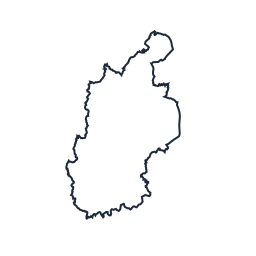 Chinicuila, Michoacán, Mexico, rotated 217°
{"feature_id": "50627088B20699508066130", "entity_name": "Chinicuila", "entity_type": "district", "adm_level": 2, "iso_a3": "MEX", "parent_name": "Mexico", "parent_adm1": "Michoacán", "projection": "robinson", "projection_center": [-103.39, 18.747], "detail": "fine", "context": "isolated", "style": "outline", "palette": "slate", "viewbox_px": 256, "rotation_deg": 217, "n_neighbors": 0, "source": "geoboundaries", "source_scale": "gbopen_adm2", "svg_char_len": 5807}
<svg xmlns="http://www.w3.org/2000/svg" viewBox="0 0 256 256"><g transform="rotate(217 128 128)"><path d="M72.0,78.0L75.5,81.4L73.8,84.9L69.9,86.5L69.9,87.8L70.3,88.6L70.9,89.0L71.2,89.8L73.8,89.8L77.5,91.8L78.2,91.5L78.8,92.1L79.6,91.7L78.9,92.4L78.7,93.2L78.7,94.2L79.2,95.0L79.1,96.2L78.9,96.4L79.4,97.1L80.5,96.4L80.9,96.7L81.3,95.2L81.9,94.6L81.6,95.6L81.9,95.6L82.0,96.8L82.2,97.0L83.2,96.8L83.3,97.3L83.9,97.1L84.6,96.1L85.0,97.1L87.5,97.7L88.1,98.1L88.5,98.0L88.2,97.4L88.3,97.0L88.9,97.4L89.3,98.4L88.5,101.0L87.2,101.9L87.2,103.4L86.7,103.8L87.7,105.4L88.9,106.1L89.4,107.0L90.7,107.8L91.3,109.2L92.8,109.7L92.9,110.4L92.4,111.1L92.5,111.6L93.5,111.5L94.6,112.5L94.4,113.3L93.7,113.4L93.7,115.6L94.0,116.5L93.4,117.3L93.4,118.1L94.4,120.8L94.1,123.1L92.7,124.8L92.0,125.3L90.9,125.2L90.7,125.7L91.2,127.5L90.9,128.6L91.1,129.8L92.0,130.3L91.3,130.1L90.3,130.6L90.1,130.1L89.1,129.6L87.4,130.7L85.8,131.1L84.2,130.8L85.0,132.4L85.1,133.4L84.9,134.3L84.0,134.4L83.9,136.0L84.3,136.6L87.3,137.7L86.2,139.6L84.6,145.7L82.4,151.7L82.3,152.3L83.2,154.5L88.7,161.0L93.8,168.8L96.1,171.3L98.8,173.4L102.9,176.0L104.0,178.3L105.2,177.6L106.6,178.1L108.9,178.2L109.2,177.8L111.9,177.4L112.7,176.5L117.6,175.0L117.2,175.8L117.0,177.6L118.1,179.0L118.1,179.6L118.8,179.8L118.8,181.8L119.9,184.3L120.7,184.2L121.5,186.3L122.4,186.4L122.6,187.5L123.3,186.6L123.1,186.1L123.2,185.5L124.3,185.4L124.0,184.2L124.5,184.5L125.2,184.4L126.0,184.8L125.9,183.8L126.2,183.1L127.0,183.6L127.5,183.3L127.3,182.4L127.5,181.7L128.5,181.5L128.8,182.1L129.5,182.0L129.4,181.1L128.9,180.2L129.4,179.4L130.2,179.2L131.8,178.3L132.2,178.6L132.6,178.1L133.5,177.7L134.2,178.8L135.1,179.0L135.9,180.4L136.9,180.9L137.8,184.0L137.8,185.1L139.7,185.6L140.6,186.4L141.8,187.9L143.1,190.4L144.3,191.6L148.3,193.5L147.9,193.8L147.5,195.7L143.6,198.9L142.9,202.0L142.5,202.5L141.5,202.3L141.1,202.5L140.6,204.2L140.0,205.2L140.4,206.1L140.4,209.0L139.4,217.8L142.7,220.4L145.0,222.6L147.2,224.0L150.4,225.2L154.7,224.9L155.7,223.7L156.3,223.8L157.1,223.3L158.8,223.0L160.6,221.9L160.9,222.1L162.0,221.6L162.1,219.1L162.7,218.3L163.0,218.4L163.1,219.4L163.8,219.6L164.3,221.2L165.0,221.2L164.9,220.6L165.3,220.4L166.5,217.4L166.4,216.5L165.8,215.8L166.1,215.4L165.9,214.0L165.3,213.8L165.3,212.2L165.0,212.0L165.8,208.9L165.9,207.5L165.0,205.4L160.5,205.2L159.8,204.9L159.8,203.9L159.3,202.7L160.4,201.0L160.0,200.9L160.0,200.3L162.9,200.3L163.2,198.5L160.7,198.6L160.4,198.1L161.9,196.7L164.2,195.9L165.0,196.1L165.2,195.1L165.8,194.8L166.0,194.1L165.7,192.9L166.2,190.4L165.9,189.3L166.8,187.5L168.2,186.2L168.3,185.2L168.0,184.2L168.2,183.5L167.9,182.3L167.6,182.2L167.2,180.2L167.4,179.8L167.2,179.4L167.7,176.3L167.4,175.3L167.7,174.5L167.1,173.7L167.6,173.5L167.4,172.8L167.7,172.5L167.1,172.4L166.4,171.5L165.9,171.7L166.1,170.9L166.0,169.9L165.4,168.4L165.5,167.2L165.1,166.3L168.5,167.0L169.2,166.7L170.5,165.1L170.8,165.6L171.2,165.3L174.0,165.1L174.5,164.7L175.8,165.1L176.5,164.5L177.5,164.4L178.1,164.8L178.6,164.4L179.8,165.6L182.5,164.8L182.7,165.8L183.2,165.7L183.4,166.1L183.7,165.4L184.6,164.9L184.0,162.7L183.7,162.7L183.1,161.8L182.6,161.8L182.5,161.5L182.0,161.3L181.5,161.7L181.4,161.3L181.8,160.9L181.1,161.0L181.3,160.5L180.8,159.6L180.1,159.1L180.3,158.7L179.5,156.6L178.4,156.0L178.4,153.7L178.1,152.7L178.3,151.7L178.3,148.1L180.7,145.4L181.3,145.2L182.4,143.1L184.3,143.0L186.1,142.2L184.8,141.4L185.5,140.4L185.5,138.7L184.3,138.4L182.9,136.1L183.3,135.7L183.0,135.3L183.4,133.7L182.4,132.8L181.1,133.3L179.2,132.7L179.3,128.0L179.8,127.4L179.1,127.8L177.5,127.4L176.8,124.5L176.9,123.4L177.3,123.1L177.2,122.4L176.8,121.9L176.0,121.8L175.9,121.5L175.2,121.2L175.5,120.5L174.9,118.7L173.6,117.8L172.8,117.6L172.0,117.8L171.4,118.3L169.7,118.0L168.4,115.3L167.1,113.7L167.9,113.0L168.0,112.2L167.6,110.7L166.9,109.5L166.0,109.1L164.8,107.6L163.9,107.4L162.6,105.9L161.5,105.8L161.5,103.8L161.1,103.3L161.4,102.2L158.0,99.5L157.9,96.7L157.5,96.8L156.6,95.1L156.5,94.1L158.3,92.3L158.8,92.3L159.4,91.6L162.2,92.3L162.3,91.8L162.7,91.9L162.9,91.5L163.4,91.4L162.6,90.8L163.2,90.5L162.1,89.7L162.9,89.0L162.3,88.0L162.6,87.7L161.8,87.3L162.0,86.9L161.2,85.6L161.3,84.8L160.6,84.2L160.7,83.5L160.2,82.8L160.3,82.4L159.7,81.9L159.3,79.0L158.9,78.3L157.5,78.0L154.9,75.2L154.0,75.3L153.5,75.1L152.7,73.6L151.6,73.2L151.0,73.7L150.0,72.9L149.9,71.7L150.4,70.6L150.4,69.0L150.8,68.0L151.1,68.0L151.8,67.1L153.9,66.4L154.4,65.8L155.6,66.2L155.5,65.7L155.1,65.3L155.4,64.6L155.1,63.7L155.2,62.5L154.3,61.2L154.0,60.0L152.9,58.7L152.0,59.1L151.7,58.3L151.1,58.5L150.6,57.8L150.0,57.7L149.9,57.1L148.9,56.7L148.7,55.4L148.1,54.8L147.5,55.4L146.6,54.3L146.0,54.7L145.6,54.3L144.3,54.4L142.4,53.9L141.2,52.8L139.0,52.5L138.6,52.1L138.3,51.1L138.8,50.4L138.8,48.3L137.6,47.6L136.3,47.9L136.1,47.8L135.1,46.0L135.2,45.0L134.6,44.2L133.9,43.9L134.0,43.2L133.3,42.7L133.1,40.2L131.7,40.6L130.4,39.8L129.2,38.5L128.0,39.9L127.6,40.0L127.0,39.0L126.9,37.9L125.9,37.2L126.4,35.8L126.1,35.6L125.4,35.9L124.9,34.7L122.5,34.7L120.4,34.0L119.8,33.9L119.0,34.2L117.2,33.8L115.9,34.4L114.2,34.5L112.8,35.8L111.7,35.4L110.8,36.3L109.8,36.3L108.6,34.2L108.0,32.4L106.8,30.9L106.4,30.8L106.1,31.6L106.9,32.0L106.7,33.1L104.8,33.5L104.4,34.3L104.6,35.1L104.3,35.4L102.7,35.2L103.5,37.0L103.3,39.0L103.0,39.1L101.4,38.5L101.7,39.9L101.0,41.2L101.0,42.3L100.1,43.8L99.1,43.9L97.9,42.9L94.1,41.7L94.0,42.3L94.4,43.1L95.6,43.4L96.1,44.0L94.9,47.8L93.6,48.6L92.6,47.2L90.4,47.0L89.4,47.7L89.4,48.3L90.1,49.8L90.8,50.2L92.0,51.6L92.2,53.1L91.8,53.5L90.4,53.9L88.9,56.2L87.7,55.8L85.5,56.2L85.2,57.2L85.4,58.7L87.3,62.1L86.9,62.4L86.0,64.8L85.6,64.9L83.4,63.2L82.7,63.1L79.7,63.8L79.0,64.5L77.0,64.4L76.7,65.4L76.8,66.8L76.5,68.6L75.7,69.3L74.0,69.5L73.3,69.9L73.3,73.2L72.1,74.8L72.0,78.0Z" fill="none" stroke="#1e293b" stroke-width="2"/></g></svg>